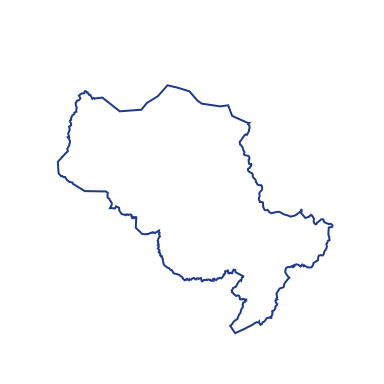 Nuevo Urecho, Michoacán, Mexico (Robinson projection), rotated 139°
{"feature_id": "50627088B91351647452865", "entity_name": "Nuevo Urecho", "entity_type": "district", "adm_level": 2, "iso_a3": "MEX", "parent_name": "Mexico", "parent_adm1": "Michoacán", "projection": "robinson", "projection_center": [-101.855, 19.159], "detail": "fine", "context": "isolated", "style": "outline", "palette": "blue", "viewbox_px": 384, "rotation_deg": 139, "n_neighbors": 0, "source": "geoboundaries", "source_scale": "gbopen_adm2", "svg_char_len": 5991}
<svg xmlns="http://www.w3.org/2000/svg" viewBox="0 0 384 384"><g transform="rotate(139 192 192)"><path d="M241.9,321.9L241.8,321.6L242.4,321.2L243.1,319.5L245.1,318.3L247.1,317.4L248.7,314.0L249.8,314.8L250.3,311.1L251.8,309.3L253.0,308.7L253.9,307.8L257.8,306.4L259.0,304.2L262.2,304.1L273.5,302.8L280.4,293.6L280.4,289.7L279.5,289.2L279.2,287.5L278.0,286.7L278.5,283.2L278.0,280.3L276.0,277.4L276.5,276.2L272.3,263.0L256.5,248.8L256.4,248.4L256.2,246.5L257.5,245.5L259.3,243.2L258.9,241.0L259.5,239.3L259.4,237.8L259.9,236.2L260.7,235.2L264.5,233.6L263.1,232.6L261.1,230.2L260.6,230.2L258.7,231.0L257.4,227.9L259.1,225.7L259.5,221.6L259.2,220.9L258.7,220.1L258.0,219.7L257.4,218.1L256.4,218.1L256.0,217.5L255.5,217.5L255.1,216.5L253.8,216.0L252.9,214.7L252.8,214.0L253.6,213.4L254.2,211.6L253.7,211.4L253.1,212.1L252.8,211.7L253.5,211.1L253.5,210.7L252.5,210.2L251.1,210.3L250.9,210.0L251.6,209.9L251.1,208.9L251.5,208.3L252.1,208.0L257.9,201.9L257.1,192.9L254.1,190.0L253.2,189.7L252.7,189.0L250.5,188.4L249.1,187.7L248.5,187.7L248.3,186.9L247.4,186.7L246.9,185.2L245.4,185.1L244.0,184.6L242.9,184.8L242.3,184.6L242.9,184.2L243.3,182.3L244.3,182.2L245.4,179.5L246.7,179.5L249.9,177.7L250.1,176.5L251.0,176.1L251.5,174.3L252.0,173.9L252.7,174.2L253.1,172.3L254.8,171.8L254.7,170.0L254.9,169.0L256.4,168.7L256.7,168.1L256.2,166.7L256.9,165.8L257.0,165.2L257.6,165.0L257.6,163.5L256.9,163.3L257.0,162.9L257.6,162.0L257.8,160.8L258.6,160.0L259.6,157.9L260.5,156.8L260.9,154.5L260.2,151.2L259.3,149.4L259.3,147.6L259.1,146.8L258.6,146.5L258.7,144.2L259.2,143.4L258.8,141.9L258.0,141.0L255.9,137.7L255.9,136.9L255.2,133.6L255.7,132.7L255.5,130.3L254.7,130.3L254.1,129.5L253.0,129.9L252.6,129.6L252.7,128.8L252.4,128.7L252.1,127.4L250.9,127.7L250.8,127.1L250.0,126.3L248.8,126.6L247.0,125.9L246.7,125.5L246.9,124.5L246.5,123.4L245.2,123.6L244.7,123.2L244.5,123.3L244.0,122.7L244.1,122.1L241.7,121.2L241.7,120.9L243.0,118.8L243.0,117.9L240.5,117.7L239.5,116.6L238.7,116.5L238.4,115.6L237.2,115.4L236.5,114.7L236.5,114.1L235.9,113.8L235.8,113.5L236.1,113.2L235.8,112.5L234.1,111.0L233.8,112.2L232.8,112.5L232.1,112.0L232.0,110.8L231.6,109.7L229.9,109.7L229.4,110.0L228.6,109.1L227.6,109.3L227.0,108.6L226.4,107.5L222.7,108.2L222.2,109.0L221.5,108.6L220.0,109.2L219.0,110.4L218.0,109.6L216.5,109.3L217.8,107.0L217.5,106.2L216.6,106.4L215.2,104.4L214.5,104.5L213.9,105.3L211.5,106.1L210.6,104.7L211.6,103.5L211.5,102.1L208.6,94.8L209.2,94.3L209.8,94.7L210.6,94.5L212.7,93.1L212.6,93.5L213.5,93.8L214.6,93.5L215.4,93.7L218.0,92.9L221.0,91.7L223.8,92.6L225.0,92.0L226.6,91.7L226.7,90.9L227.6,90.3L227.3,89.0L227.4,87.2L226.8,84.5L225.2,83.9L224.6,83.0L224.8,81.7L226.2,79.7L225.8,79.0L224.2,78.4L224.2,77.9L222.9,77.1L223.0,76.2L221.6,75.3L222.4,74.3L225.6,74.6L225.8,74.9L228.0,73.5L228.6,72.2L229.9,71.5L231.3,71.3L234.8,69.0L237.1,68.6L240.5,66.6L241.5,66.4L244.8,66.9L247.5,66.3L248.2,65.9L249.3,66.0L249.9,65.7L251.0,65.9L252.0,57.2L243.8,54.7L232.8,52.0L230.3,51.8L228.6,51.3L227.4,49.9L226.5,50.1L227.0,49.4L227.5,46.9L226.0,46.5L224.3,47.3L222.9,46.9L221.6,46.9L218.4,47.7L217.8,47.6L216.2,46.4L215.5,46.4L215.5,45.7L214.7,45.0L213.6,46.2L212.1,46.6L211.4,47.5L210.6,47.7L209.9,49.3L209.5,49.5L207.8,48.8L205.2,49.6L204.9,50.2L204.0,50.9L202.2,50.9L201.2,51.6L201.2,53.1L200.9,54.4L200.3,55.2L198.2,55.0L198.4,56.1L196.9,56.5L195.2,59.5L194.7,60.0L189.8,61.5L188.7,61.5L186.0,60.3L185.1,60.2L182.5,62.2L175.8,63.5L174.8,63.4L175.0,65.9L174.3,70.2L172.5,71.9L170.7,72.9L169.1,72.6L167.7,71.3L165.9,70.6L164.9,68.8L163.2,69.0L163.6,70.0L160.7,69.0L159.4,67.1L159.0,64.6L156.5,64.9L156.5,62.7L156.0,62.5L155.4,62.9L154.2,59.2L151.8,57.1L150.9,56.8L148.6,57.4L146.9,58.7L141.6,57.9L139.5,60.0L137.9,60.7L136.1,59.8L135.2,58.4L134.8,58.3L133.1,58.8L132.0,59.7L130.3,60.5L127.7,61.1L126.1,62.2L124.7,64.6L123.6,64.8L121.1,66.0L119.8,65.4L117.9,68.2L117.0,70.5L116.1,71.2L115.7,71.9L112.1,75.4L111.4,75.3L110.2,74.1L108.9,73.8L107.8,74.7L107.9,76.0L108.2,77.0L110.1,78.3L110.1,78.9L110.9,80.1L111.7,81.9L111.9,83.5L111.0,84.5L111.0,85.3L111.6,86.1L112.7,86.7L114.6,86.5L118.2,86.8L119.0,86.2L119.8,86.4L120.1,86.8L120.1,88.5L119.5,90.0L117.6,91.7L116.8,95.6L117.2,96.5L117.6,96.1L118.6,96.8L120.3,96.6L123.5,98.1L123.4,104.7L122.9,105.2L122.2,105.3L120.5,107.2L123.1,106.1L127.3,106.3L130.0,106.8L133.7,108.7L135.3,111.8L137.1,114.5L139.2,119.9L141.0,121.3L145.8,123.7L146.7,125.5L146.8,126.3L146.6,128.9L147.5,129.2L148.8,130.4L148.9,131.7L148.4,132.5L148.2,133.9L145.4,137.4L145.7,138.5L147.4,139.9L146.9,140.4L146.6,142.3L145.5,143.5L143.5,144.6L142.6,146.3L141.3,147.3L138.0,147.7L137.1,148.3L136.3,149.1L135.4,150.7L135.4,151.9L136.4,152.6L137.0,153.3L137.5,154.4L137.6,155.2L137.2,156.2L137.3,157.5L136.4,158.6L136.0,160.0L136.3,163.0L135.6,164.4L134.6,165.3L134.5,167.1L135.3,168.7L135.6,170.4L135.6,171.4L134.8,172.5L134.4,172.8L132.5,172.3L131.6,172.8L130.2,173.0L129.5,173.5L129.0,174.2L129.4,174.3L129.9,175.3L130.1,174.9L130.4,175.5L130.0,176.6L128.3,179.0L127.1,179.2L126.1,180.3L125.7,182.2L128.1,185.4L128.1,186.1L127.8,186.8L126.4,187.4L126.1,188.0L125.9,190.0L124.5,192.4L124.5,194.0L124.2,194.8L124.6,196.4L123.2,198.4L122.5,198.7L120.7,198.9L115.8,200.3L113.6,200.2L113.1,199.1L109.0,200.6L108.0,201.7L106.6,202.5L105.2,204.4L105.2,206.3L103.6,206.5L104.3,207.0L111.8,223.1L107.8,233.7L114.5,238.1L126.7,252.3L127.9,257.2L127.9,269.7L134.3,280.0L140.5,288.6L154.8,286.7L167.6,288.8L176.2,287.3L193.6,300.3L197.7,322.0L203.7,326.2L204.2,326.2L204.6,327.5L206.1,327.6L205.1,331.8L205.5,333.0L205.9,333.0L205.8,334.4L205.4,335.7L206.0,335.9L205.9,337.1L206.4,338.3L208.1,337.7L208.3,337.2L208.9,337.3L210.4,338.6L212.7,339.0L213.3,338.7L214.0,339.0L214.6,336.4L215.1,335.7L217.4,335.5L218.2,336.1L219.3,336.4L220.2,335.6L221.2,335.7L222.9,333.6L223.5,331.4L225.5,329.9L226.7,328.4L228.7,329.1L229.6,328.2L232.3,328.3L235.0,326.9L235.8,325.8L237.2,326.0L238.1,324.2L238.3,323.0L239.3,321.8L240.3,321.6L241.4,322.1L241.9,321.9Z" fill="none" stroke="#1e3a8a" stroke-width="2"/></g></svg>